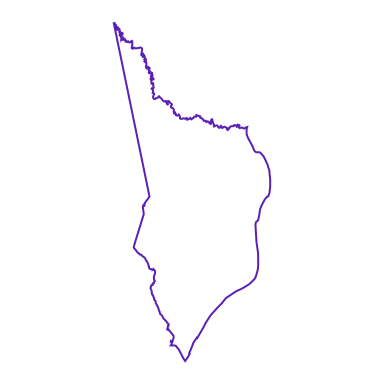 Ponedera, Atlántico, Colombia (Equal Earth projection)
{"feature_id": "7082276B66723119854889", "entity_name": "Ponedera", "entity_type": "district", "adm_level": 2, "iso_a3": "COL", "parent_name": "Colombia", "parent_adm1": "Atlántico", "projection": "equal_earth", "projection_center": [-74.823, 10.604], "detail": "fine", "context": "isolated", "style": "outline", "palette": "violet", "viewbox_px": 384, "rotation_deg": 0, "n_neighbors": 0, "source": "geoboundaries", "source_scale": "gbopen_adm2", "svg_char_len": 5914}
<svg xmlns="http://www.w3.org/2000/svg" viewBox="0 0 384 384"><path d="M185.1,361.0L187.4,357.9L189.8,353.7L189.2,353.1L191.7,347.3L193.5,342.5L196.8,337.7L197.2,338.1L203.6,327.1L205.5,323.2L210.1,316.0L211.9,313.8L217.8,307.3L222.0,303.1L225.9,298.1L236.1,291.3L241.0,289.1L244.9,286.9L249.3,284.1L252.6,281.0L255.0,278.4L256.3,275.1L257.8,269.5L258.1,266.8L258.2,262.0L258.1,253.3L256.5,242.1L255.5,225.9L255.5,224.5L255.7,223.1L256.1,222.0L256.7,221.4L257.6,221.0L258.2,219.9L259.2,215.3L260.0,209.8L260.3,208.7L261.8,205.1L264.8,199.3L267.2,196.6L268.2,196.4L269.4,193.1L270.0,188.7L270.2,186.0L270.2,179.5L269.2,169.8L268.2,167.3L267.7,165.2L265.7,160.6L264.0,157.1L262.2,154.7L260.1,152.5L258.9,152.2L257.4,152.3L256.1,152.2L254.9,151.4L254.1,150.2L251.9,145.0L248.4,138.7L247.1,135.7L246.6,133.8L246.6,129.7L246.7,128.8L247.2,127.0L246.1,127.3L244.3,128.5L243.7,128.5L242.1,127.5L239.6,128.1L238.3,126.8L238.5,126.3L239.5,125.6L239.3,125.1L237.7,124.7L237.1,125.3L236.6,126.5L235.5,125.3L234.4,125.0L234.2,125.1L233.6,126.1L231.5,126.2L230.2,126.7L229.3,128.4L229.0,128.5L228.3,128.3L228.1,128.6L228.1,129.7L227.8,130.0L227.1,129.5L226.9,129.2L227.0,128.5L226.6,127.7L225.6,127.4L225.0,126.9L224.4,126.7L223.1,127.1L222.6,127.9L222.3,128.0L221.2,127.4L221.3,126.3L221.0,125.8L220.8,125.8L220.0,127.1L219.3,127.8L218.4,127.4L218.1,127.0L217.6,125.8L216.8,125.4L215.4,125.7L214.3,126.5L214.0,126.5L213.8,126.0L213.9,124.5L213.1,122.8L212.9,122.1L212.7,122.0L212.6,121.6L212.3,121.6L212.4,119.9L212.2,119.3L211.7,119.4L211.3,119.9L211.3,120.5L211.0,120.5L210.9,121.1L211.2,121.6L211.0,122.7L211.1,123.3L210.9,123.9L210.5,123.9L210.1,123.5L209.5,123.4L209.3,122.4L208.4,121.6L207.5,121.4L206.7,122.1L206.4,122.1L206.1,121.9L206.1,121.1L205.7,120.7L203.7,120.8L203.3,119.7L201.6,118.1L200.5,117.9L200.0,117.4L199.8,116.9L200.1,116.3L199.2,116.1L198.4,115.7L196.9,115.9L196.5,115.0L196.2,115.1L196.1,115.6L196.4,116.3L196.2,116.6L194.9,116.6L194.0,116.9L193.3,118.1L192.4,118.4L191.6,119.4L191.0,119.2L190.3,118.0L188.1,119.5L186.7,119.5L186.6,119.1L186.9,118.3L186.8,118.1L184.8,118.7L183.6,118.3L181.7,118.9L180.4,118.7L180.0,118.4L179.8,116.1L179.2,115.3L178.9,114.5L178.7,114.4L178.1,115.2L177.4,115.6L176.9,115.6L176.0,115.2L176.0,114.4L174.9,112.2L174.3,111.9L174.1,112.0L174.2,113.4L173.9,113.2L173.7,111.4L174.0,109.8L172.6,107.9L171.5,107.8L171.0,107.2L170.9,106.3L171.9,104.7L171.9,104.3L171.4,103.7L170.7,103.4L168.7,101.0L168.3,101.0L168.0,101.3L167.7,102.5L167.9,103.4L167.9,104.3L167.7,104.5L166.8,103.8L166.3,101.1L165.7,101.0L165.1,101.6L163.8,101.1L163.3,101.1L161.9,99.0L160.3,97.8L159.2,96.3L158.6,96.4L157.9,97.5L157.0,98.1L156.0,98.2L154.9,99.1L154.3,99.0L153.3,98.0L153.0,97.1L153.5,95.5L154.1,94.3L154.2,93.6L152.7,93.0L153.1,91.2L152.9,90.2L152.8,89.4L152.7,89.2L152.0,89.2L151.6,88.7L151.8,88.3L153.2,88.2L153.6,87.7L153.7,87.3L153.2,86.4L153.4,84.7L153.1,83.2L152.7,83.3L152.0,83.9L151.6,83.7L151.4,83.1L151.3,80.4L150.7,79.5L150.5,78.9L150.7,78.5L150.9,78.4L152.6,79.7L153.5,79.2L153.5,78.9L153.5,78.6L152.8,78.1L152.4,77.2L151.3,77.1L150.9,76.4L151.0,75.9L151.6,75.9L152.4,75.5L152.6,75.0L152.3,74.6L152.1,73.4L151.4,73.9L151.2,73.7L151.0,72.7L149.7,73.4L149.2,73.2L148.7,72.7L148.8,72.0L149.5,71.8L149.9,71.3L149.7,70.9L149.0,70.6L148.4,69.4L148.5,69.2L149.6,68.7L149.7,68.2L148.0,66.8L147.4,67.2L147.0,68.0L146.6,68.4L146.4,68.3L146.0,67.6L145.9,66.5L146.3,65.4L146.4,62.4L146.2,62.0L145.6,62.3L145.2,62.2L144.4,61.6L144.4,61.3L144.8,60.6L145.9,60.1L145.9,59.6L145.5,59.8L145.1,59.3L144.5,59.7L144.3,59.5L144.9,57.8L144.9,57.3L144.7,56.6L143.0,56.9L142.9,56.4L143.9,55.7L144.0,55.3L144.0,55.0L143.4,54.8L143.0,53.8L142.6,54.1L141.9,55.5L141.6,55.5L141.4,55.2L141.4,53.4L141.8,51.8L142.2,49.5L142.0,48.5L141.4,47.9L140.7,47.5L139.9,47.5L139.1,48.0L137.0,48.1L135.9,48.5L134.1,47.6L133.8,47.6L132.9,48.7L132.6,48.7L131.8,48.2L131.7,47.5L132.0,45.7L132.4,45.0L132.2,44.3L132.4,42.5L131.9,40.8L131.6,40.8L131.1,41.7L130.6,42.1L129.3,42.5L128.1,41.3L127.2,42.0L126.7,41.8L126.3,41.0L125.6,41.4L125.5,40.5L124.8,40.1L125.0,39.4L124.8,39.0L123.4,39.7L122.4,40.0L122.0,39.9L121.9,39.3L121.5,39.3L121.2,39.7L121.2,39.3L121.6,38.8L122.3,39.1L122.8,39.0L123.2,38.0L123.2,37.6L123.0,37.3L121.0,37.4L120.6,36.8L120.6,36.4L122.5,34.5L122.6,33.4L122.2,32.8L121.7,32.9L120.8,33.7L120.7,34.9L120.0,35.2L119.6,35.1L119.6,34.4L120.1,33.6L120.0,33.1L120.4,32.0L119.9,31.2L119.6,32.0L119.3,32.0L119.3,31.3L119.7,29.8L119.5,29.3L118.3,28.2L118.0,27.3L117.7,27.1L117.1,27.2L116.7,27.8L116.8,28.6L117.0,29.0L117.5,29.2L117.6,29.7L117.0,29.8L116.5,29.4L116.0,27.9L116.2,26.7L116.0,25.0L115.8,24.8L114.8,24.4L114.8,23.4L114.6,23.1L114.2,23.0L113.8,23.2L149.5,196.6L144.6,203.3L144.9,203.7L144.2,204.6L144.3,205.7L143.3,205.3L142.8,206.7L143.6,212.6L143.7,214.4L134.5,244.2L133.7,247.4L134.2,248.3L136.1,250.5L137.8,252.8L138.8,253.4L139.9,254.5L141.2,254.7L142.8,256.5L144.4,257.4L144.8,257.8L145.4,258.8L146.2,260.8L147.2,261.6L148.4,264.8L148.6,266.1L148.9,266.4L149.0,267.7L149.6,268.6L150.4,269.2L151.2,269.1L152.3,269.7L152.6,269.5L152.6,270.0L153.1,269.8L153.6,269.9L153.7,269.4L154.8,270.6L155.1,271.4L155.1,273.1L153.9,276.9L153.9,277.8L153.9,279.1L154.7,280.5L154.8,281.2L154.4,281.7L154.1,281.7L154.1,283.0L153.7,283.2L153.1,283.2L152.9,283.6L152.9,283.9L152.5,284.0L152.6,285.0L151.0,285.7L150.8,287.2L150.5,288.0L150.6,288.6L151.3,289.7L151.5,290.6L152.1,294.5L152.8,295.0L153.3,296.1L153.5,297.3L154.2,298.0L154.2,299.8L155.7,301.3L155.7,303.0L155.9,303.5L156.6,304.4L157.1,305.8L157.8,306.6L158.1,307.4L159.2,311.1L159.7,311.8L159.7,312.7L160.1,313.8L161.9,315.5L163.6,318.6L165.8,320.8L167.3,322.8L168.7,324.3L168.3,326.0L168.0,325.9L167.2,329.5L167.9,329.9L168.2,329.0L173.5,335.8L173.7,337.4L172.4,341.7L171.0,340.9L170.8,342.0L172.0,342.7L171.6,344.0L170.8,345.4L174.1,345.4L175.5,345.7L176.1,346.1L179.1,350.0L183.4,358.4L185.1,361.0Z" fill="none" stroke="#5b21b6" stroke-width="2"/></svg>